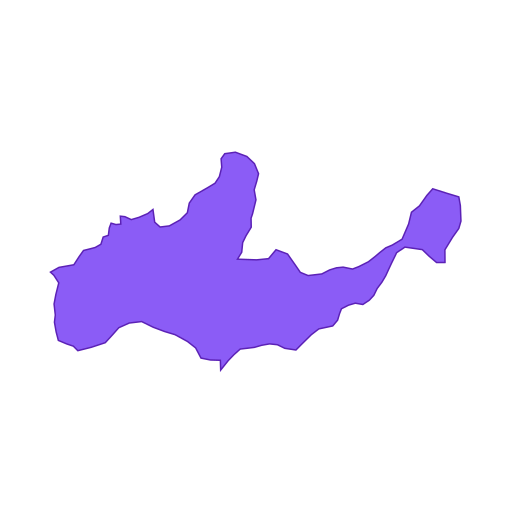 the district of Epicho, Cyprus, rotated 260°
{"feature_id": "46923920B25776414767341", "entity_name": "Epicho", "entity_type": "district", "adm_level": 2, "iso_a3": "CYP", "parent_name": "Cyprus", "parent_adm1": "", "projection": "albers", "projection_center": [33.523, 35.225], "detail": "fine", "context": "isolated", "style": "filled", "palette": "violet", "viewbox_px": 512, "rotation_deg": 260, "n_neighbors": 0, "source": "geoboundaries", "source_scale": "gbopen_adm2", "svg_char_len": 1865}
<svg xmlns="http://www.w3.org/2000/svg" viewBox="0 0 512 512"><g transform="rotate(260 256 256)"><path d="M193.7,64.1L194.7,77.9L196.8,92.5L203.7,101.5L209.2,108.4L212.0,119.5L211.3,132.0L203.7,142.4L197.5,152.9L192.6,162.6L183.7,173.7L176.0,180.6L165.0,184.1L161.5,193.1L159.5,202.8L149.8,201.4L157.9,210.6L162.7,217.2L167.1,224.3L166.7,231.0L166.3,238.5L167.1,246.1L167.1,254.1L164.9,261.7L160.1,268.3L156.5,279.0L160.9,285.2L168.9,296.8L173.3,305.2L173.8,319.4L178.6,325.2L184.8,328.3L189.2,331.0L191.5,338.5L192.3,345.6L189.7,352.8L192.8,359.9L196.8,365.2L203.0,369.7L208.3,375.4L214.0,380.3L219.8,384.3L225.5,388.3L232.9,393.7L234.8,395.0L236.5,398.7L236.9,399.8L238.9,404.2L233.4,420.9L225.8,426.4L218.2,432.7L216.8,441.0L229.3,443.1L240.3,452.8L247.9,460.5L254.8,463.9L270.1,466.0L279.0,466.0L284.6,454.9L291.5,441.7L286.0,434.8L277.0,425.7L272.1,416.7L261.1,411.9L247.2,402.8L243.1,392.1L241.5,385.2L237.9,378.5L234.8,373.2L230.8,365.7L227.7,355.4L226.4,348.8L229.9,339.9L230.4,333.2L229.5,326.1L226.9,317.7L227.7,303.9L232.2,296.8L240.1,293.2L252.5,287.4L258.7,276.8L251.2,267.9L252.1,255.9L256.1,237.2L262.2,242.6L271.5,245.2L277.7,249.7L285.2,256.3L294.1,257.7L298.1,259.9L311.3,265.7L321.5,265.7L329.5,269.7L336.6,272.8L347.2,270.5L355.6,264.3L361.8,253.7L362.0,247.7L362.2,243.0L357.8,238.5L349.4,237.7L340.5,233.7L334.8,228.3L331.7,220.3L326.8,206.6L319.7,199.5L310.5,195.9L304.7,187.5L300.7,175.9L301.2,166.6L306.9,162.1L319.7,162.6L316.6,156.8L314.4,147.5L313.5,139.5L317.5,133.7L318.8,129.3L310.9,128.4L311.3,123.5L313.5,119.0L309.1,116.4L302.0,114.2L301.2,108.8L294.5,105.3L292.3,99.1L291.9,94.2L291.4,87.1L286.1,81.7L279.0,75.1L279.0,68.0L279.0,60.0L275.8,50.8L272.1,53.6L263.8,57.1L252.8,52.2L243.8,48.8L232.7,48.1L225.8,46.0L216.1,46.0L207.2,46.7L202.3,54.3L198.9,60.5L193.7,64.1Z" fill="#8b5cf6" stroke="#5b21b6" stroke-width="1.5"/></g></svg>